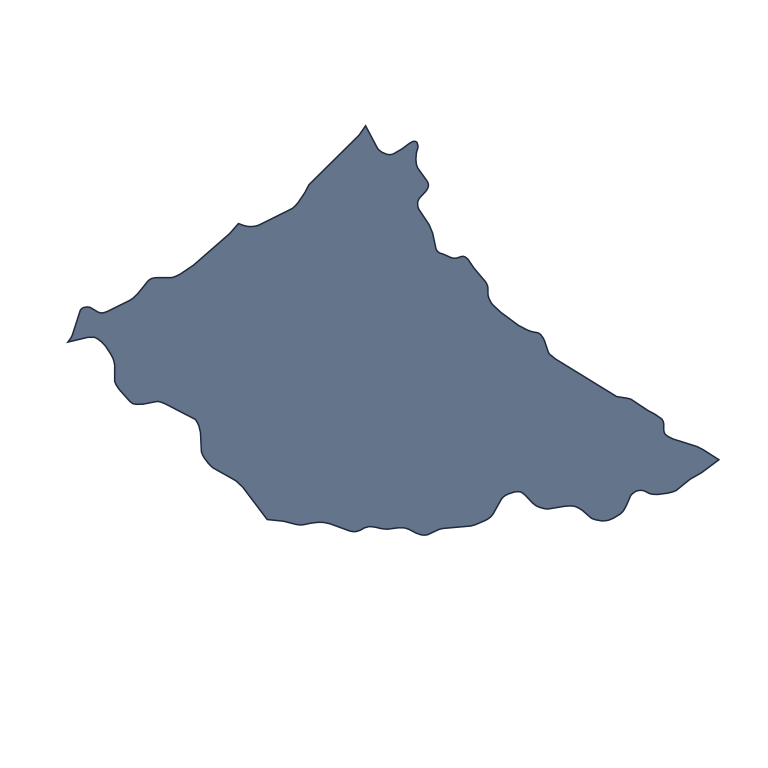 the Department of Florida, rotated 61°
{"feature_id": "URY-18", "entity_name": "Florida", "entity_type": "Department", "adm_level": 1, "iso_a3": "URY", "parent_name": "Uruguay", "parent_adm1": "", "projection": "orthographic", "projection_center": [-55.814, -33.776], "detail": "fine", "context": "isolated", "style": "filled", "palette": "slate", "viewbox_px": 768, "rotation_deg": 61, "n_neighbors": 0, "source": "natural_earth", "source_scale": "10m", "svg_char_len": 3230}
<svg xmlns="http://www.w3.org/2000/svg" viewBox="0 0 768 768"><g transform="rotate(61 384 384)"><path d="M564.4,162.5L567.9,160.8L572.4,157.7L590.4,140.6L596.0,136.8L612.6,127.8L615.5,149.0L615.7,162.5L618.8,180.2L618.3,184.0L617.0,188.9L613.3,198.2L610.9,202.2L608.7,204.8L603.8,208.1L602.5,209.5L601.4,211.1L600.5,213.2L599.9,215.6L600.3,219.6L601.1,222.2L607.5,230.5L609.6,233.6L611.3,236.8L611.9,238.8L612.3,241.0L612.6,248.2L612.1,253.2L611.1,256.3L609.5,259.7L605.6,264.5L603.5,266.5L601.8,267.8L590.6,271.8L587.2,273.7L584.5,275.6L583.6,276.4L583.4,276.6L583.2,276.9L582.5,277.8L580.8,280.4L578.6,285.1L572.8,301.3L571.1,303.8L568.0,307.1L565.7,309.0L563.7,310.3L560.0,311.8L549.7,314.4L546.0,315.9L544.5,317.0L543.0,319.2L541.7,322.2L540.5,328.3L540.3,331.8L540.7,334.6L541.4,336.5L542.3,338.2L550.4,351.3L551.2,353.1L551.9,355.0L552.3,357.2L552.5,359.5L552.4,361.9L551.4,372.1L550.3,376.9L539.1,402.1L537.9,406.0L537.0,418.9L535.9,421.7L534.1,424.5L530.0,428.2L523.6,432.4L520.7,434.9L519.4,436.4L516.7,441.2L512.6,451.6L509.2,456.5L505.4,460.6L503.2,463.5L501.5,466.1L500.3,471.1L500.4,474.0L500.3,476.2L499.9,478.5L499.3,480.6L497.9,483.0L495.8,485.4L480.1,499.0L476.3,503.3L474.7,505.7L472.9,509.0L470.2,515.6L468.0,522.8L466.6,525.7L464.3,528.9L455.3,538.4L445.9,551.9L405.5,557.6L396.6,560.6L374.7,574.1L372.0,575.1L368.3,576.1L361.0,577.1L357.3,577.0L354.6,576.5L337.6,568.1L330.9,566.2L326.6,565.9L323.5,566.2L294.8,585.3L291.7,587.9L289.7,590.1L288.9,592.0L284.8,604.6L281.9,610.1L279.5,613.2L276.2,614.7L260.2,618.3L254.8,618.7L251.1,618.3L236.9,610.4L233.2,609.2L230.0,608.6L225.3,608.5L215.7,609.2L210.3,610.6L206.1,612.4L202.9,614.4L199.6,620.4L194.1,640.2L191.7,635.2L190.1,632.9L172.2,613.8L171.5,611.9L171.5,609.4L172.8,606.1L174.3,604.1L176.1,602.9L182.2,599.4L183.6,598.2L184.8,596.7L185.7,594.9L186.4,591.1L187.6,565.4L187.2,561.6L185.7,555.8L179.6,540.8L179.1,538.8L179.0,536.4L179.8,533.4L180.8,531.2L187.7,518.7L188.4,516.7L188.9,513.4L189.1,509.1L187.7,493.0L177.6,446.1L173.1,433.5L177.0,430.2L179.7,427.3L180.8,425.7L181.8,424.0L182.7,422.1L183.5,420.1L184.1,417.8L184.4,415.3L186.0,379.0L185.2,375.5L183.8,371.4L178.2,360.4L173.3,353.0L154.3,285.2L149.2,274.9L174.9,275.4L177.6,274.7L180.5,273.3L184.8,269.9L186.5,267.2L187.3,264.5L187.1,254.7L185.9,245.6L185.8,243.2L185.9,240.9L186.9,239.0L188.6,238.0L191.9,238.7L193.8,239.8L196.6,242.7L198.1,244.0L203.0,247.2L206.9,248.9L209.1,249.5L211.5,249.8L226.6,248.0L229.1,247.9L231.3,248.5L232.9,249.6L234.1,251.0L235.1,252.6L235.9,254.4L238.4,262.3L239.3,264.0L240.4,265.6L241.9,266.8L243.7,267.7L245.8,268.5L248.1,268.8L266.5,267.3L275.6,268.3L291.4,273.1L293.9,272.9L296.3,271.9L299.4,269.0L306.2,263.9L308.0,261.7L309.1,259.4L309.9,254.9L310.7,252.8L312.4,251.3L315.4,250.1L326.4,249.1L343.5,245.7L345.9,245.6L348.2,245.8L350.3,246.5L355.6,249.4L357.6,250.2L359.9,250.7L364.6,250.9L367.0,250.6L377.9,247.1L397.9,238.0L406.4,232.4L409.5,229.7L411.6,227.3L412.8,225.7L414.4,224.1L416.7,223.0L420.7,222.5L423.6,222.6L435.7,224.8L438.1,224.8L445.4,221.8L507.8,186.6L514.3,178.2L517.0,175.4L534.8,166.2L542.3,161.4L549.5,157.9L552.4,158.0L554.6,158.7L560.0,161.7L562.0,162.3L564.4,162.5Z" fill="#64748b" stroke="#1e293b" stroke-width="1.5"/></g></svg>